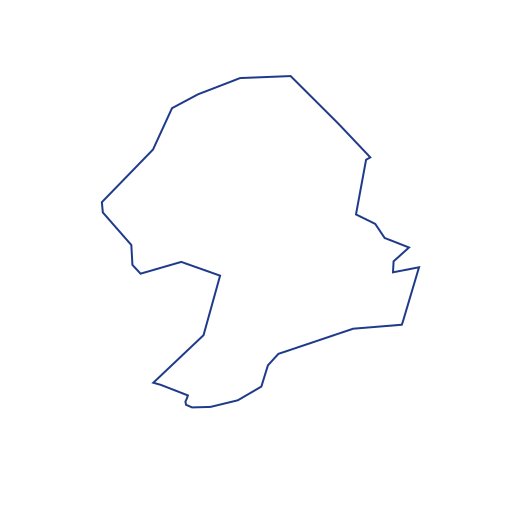 an SVG outline of Bridgend, rotated 308°
{"feature_id": "GBR-2112", "entity_name": "Bridgend", "entity_type": "Unitary Authority (wales)", "adm_level": 1, "iso_a3": "GBR", "parent_name": "United Kingdom", "parent_adm1": "", "projection": "equal_earth", "projection_center": [-3.617, 51.531], "detail": "fine", "context": "isolated", "style": "outline", "palette": "blue", "viewbox_px": 512, "rotation_deg": 308, "n_neighbors": 0, "source": "natural_earth", "source_scale": "10m", "svg_char_len": 640}
<svg xmlns="http://www.w3.org/2000/svg" viewBox="0 0 512 512"><g transform="rotate(308 256 256)"><path d="M291.6,413.2L258.5,377.3L192.7,333.9L177.2,332.7L156.4,340.6L131.1,330.5L109.0,313.0L97.3,298.8L95.7,292.5L97.7,290.1L101.2,289.2L104.2,288.2L95.8,260.2L92.9,253.1L161.3,263.4L218.4,239.8L205.3,200.7L171.0,175.9L172.9,164.1L187.9,151.0L196.0,108.5L203.5,101.4L276.5,109.3L320.8,98.8L347.8,110.8L386.4,133.9L419.1,172.5L411.0,239.3L404.1,285.3L399.6,283.5L350.3,309.2L354.7,330.2L349.4,346.3L356.9,371.3L336.5,367.7L327.5,374.0L347.5,391.4L294.3,412.3L292.7,412.8L291.6,413.2Z" fill="none" stroke="#1e3a8a" stroke-width="2"/></g></svg>